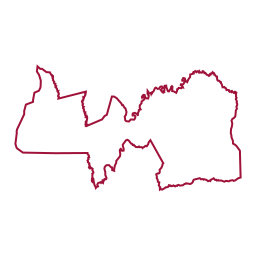 Mpongwe, Copperbelt, Zambia
{"feature_id": "96606910B43712843056023", "entity_name": "Mpongwe", "entity_type": "district", "adm_level": 2, "iso_a3": "ZMB", "parent_name": "Zambia", "parent_adm1": "Copperbelt", "projection": "equal_earth", "projection_center": [27.957, -13.579], "detail": "fine", "context": "isolated", "style": "outline", "palette": "rose", "viewbox_px": 256, "rotation_deg": 0, "n_neighbors": 0, "source": "geoboundaries", "source_scale": "gbopen_adm2", "svg_char_len": 5762}
<svg xmlns="http://www.w3.org/2000/svg" viewBox="0 0 256 256"><path d="M240.6,177.5L239.9,150.7L236.5,146.0L235.0,144.7L233.0,143.6L232.9,140.7L231.6,137.6L231.3,134.9L230.8,133.3L231.0,129.1L231.8,126.9L232.3,123.4L231.5,120.7L232.5,118.8L233.8,118.1L235.0,116.8L235.4,115.8L235.9,110.3L236.9,108.8L236.4,106.5L237.2,105.2L237.1,103.3L236.6,102.7L236.9,101.3L235.8,99.0L236.6,97.8L236.0,96.8L236.1,95.1L235.8,94.3L236.4,92.6L235.5,92.0L235.4,93.0L234.3,93.0L234.2,92.1L233.2,92.4L232.1,91.4L231.9,90.9L231.3,91.1L231.2,91.8L230.7,91.4L229.8,91.9L228.9,91.0L229.0,90.2L227.1,89.8L226.5,90.0L225.9,88.2L224.5,87.6L224.3,87.0L222.6,87.3L221.8,84.4L221.0,83.1L220.9,82.0L220.3,81.6L220.3,81.2L220.0,81.8L219.3,80.8L217.7,80.6L217.2,79.6L217.0,76.6L216.2,76.5L214.8,74.6L214.4,74.7L214.2,73.5L213.7,73.6L213.4,73.0L213.0,73.2L212.5,72.3L211.6,73.5L211.3,73.3L210.6,73.6L210.5,74.5L209.9,74.3L209.4,75.7L208.7,75.9L207.8,74.9L206.6,74.7L205.4,72.9L204.4,73.2L203.7,71.6L202.9,71.1L202.6,71.2L202.7,71.9L201.9,72.7L200.2,72.5L199.3,71.2L198.8,72.4L197.9,71.4L197.2,71.2L196.3,72.2L195.2,71.1L194.2,72.0L193.5,72.0L193.3,72.4L193.6,72.4L193.8,73.5L190.2,74.5L190.1,77.0L188.2,79.6L187.2,82.1L185.6,80.9L184.8,78.4L183.3,78.0L182.2,80.0L182.3,80.7L184.1,80.6L184.7,81.9L183.4,84.0L182.2,84.5L181.1,84.2L180.7,85.0L182.6,86.4L183.0,87.5L182.2,87.3L181.4,88.2L178.6,87.9L178.1,89.0L177.2,89.2L177.0,91.1L176.2,92.8L174.0,91.5L172.1,91.0L172.5,87.0L171.9,86.2L171.2,86.7L171.2,87.7L169.0,91.4L167.9,91.2L166.3,87.0L166.2,85.6L164.6,85.8L164.4,90.6L163.4,91.0L164.2,92.1L163.4,92.7L162.9,92.5L163.0,91.4L162.0,91.7L160.7,90.0L162.9,87.8L162.2,86.7L161.2,86.4L159.9,87.2L159.0,88.7L157.5,88.9L155.9,87.6L155.0,88.1L153.3,91.7L152.3,92.1L152.1,93.4L151.4,93.4L151.2,93.9L150.9,92.9L149.7,93.4L149.0,92.9L147.6,90.9L147.5,93.8L148.8,95.8L148.2,98.5L146.1,98.3L145.3,97.2L144.6,95.0L143.4,94.9L142.4,96.0L141.9,96.9L142.1,97.6L143.0,96.5L143.7,96.4L144.2,96.8L144.2,99.5L141.6,101.5L141.5,103.3L139.8,105.3L139.7,107.7L140.6,109.4L138.8,110.0L138.8,111.3L137.9,112.9L138.0,114.8L137.6,115.0L137.0,114.1L134.9,112.8L132.8,113.4L132.5,114.8L132.7,115.5L134.4,115.3L135.4,116.3L135.1,118.3L134.2,119.6L130.7,119.5L129.0,121.5L126.3,121.2L125.3,120.3L124.7,116.5L125.9,115.0L126.5,112.0L125.4,108.3L124.5,107.7L122.9,105.0L122.1,105.1L121.4,103.5L116.5,98.0L113.9,96.5L111.9,96.5L106.8,114.8L104.6,116.0L102.1,119.4L86.1,126.2L85.7,125.9L86.3,125.1L85.7,124.4L86.2,124.1L85.6,123.9L86.1,122.9L85.8,122.9L85.6,122.0L86.0,121.4L86.2,121.9L86.5,121.6L87.1,119.2L87.2,117.2L86.9,116.5L86.4,116.8L86.4,116.1L85.7,116.5L85.8,115.4L85.2,115.0L85.4,113.9L84.9,113.8L84.6,112.8L85.0,112.4L84.5,112.3L84.6,111.7L83.8,110.8L84.1,110.3L83.6,108.3L83.1,108.2L83.1,107.3L83.6,106.8L83.0,106.6L82.6,105.3L83.0,104.1L82.6,104.0L82.7,103.1L81.9,101.7L82.3,100.6L82.8,100.7L82.8,100.1L83.3,99.9L83.4,98.4L83.6,98.7L83.9,98.2L84.1,97.3L83.6,97.0L84.5,96.5L85.4,94.9L85.5,93.9L85.2,93.7L85.8,92.7L85.9,91.6L58.4,98.6L58.8,96.8L58.1,96.3L58.1,95.7L58.8,94.6L58.5,93.9L58.8,93.3L58.0,91.8L58.2,91.1L57.5,91.3L56.9,88.6L56.4,88.3L56.2,87.2L55.5,86.9L55.9,86.2L55.5,86.2L55.2,85.1L55.5,84.0L54.4,83.5L54.3,82.4L54.0,82.5L53.5,80.6L52.9,80.0L53.1,79.1L52.6,78.2L53.1,77.1L53.0,76.2L52.5,76.2L52.6,75.8L52.2,75.4L52.0,75.7L51.7,74.8L50.9,74.5L50.0,72.4L46.4,72.1L42.0,68.8L40.3,68.9L37.5,66.4L36.9,71.6L39.0,74.7L40.8,80.6L40.6,86.5L40.2,88.1L38.9,90.7L34.4,92.7L33.1,99.8L33.0,101.9L25.9,104.6L24.2,110.9L24.2,114.2L17.1,129.3L16.6,131.5L16.8,132.8L15.4,143.9L16.5,147.5L17.1,148.4L22.9,152.6L55.3,153.2L87.5,153.0L87.5,153.9L88.8,155.4L88.6,155.8L89.2,157.3L88.1,158.0L88.5,159.2L87.5,160.5L88.0,161.5L87.9,162.2L89.3,163.3L89.4,163.9L89.1,164.3L89.6,165.3L89.3,166.0L89.9,166.4L89.0,167.6L89.4,168.0L90.1,167.7L90.2,168.4L90.8,168.3L91.1,167.8L92.6,168.7L92.4,170.5L93.1,171.4L93.4,172.8L92.3,173.7L92.6,174.3L92.3,175.2L92.5,178.0L93.3,178.7L93.4,179.4L92.9,178.8L92.5,179.1L92.3,180.0L91.9,179.6L91.8,180.9L92.6,182.1L93.3,181.7L94.0,182.9L94.7,185.6L95.8,186.7L95.6,187.4L95.8,187.9L96.3,187.1L98.0,186.4L97.3,184.6L98.0,183.1L100.5,182.2L101.0,182.9L102.1,181.6L102.3,182.5L103.0,183.0L103.1,182.4L102.4,181.4L102.6,180.4L103.7,180.9L104.5,179.0L105.7,179.4L106.2,179.1L106.5,177.9L105.3,175.0L105.3,172.1L104.4,168.9L104.7,167.1L105.9,165.6L107.0,165.1L109.0,165.1L111.1,167.3L112.1,167.5L112.2,170.1L114.2,170.8L114.1,169.6L114.8,165.8L116.2,162.9L116.3,160.9L119.9,156.4L120.3,154.5L119.8,150.6L120.0,149.6L120.8,148.9L122.1,150.8L123.6,150.6L123.7,149.0L122.8,145.8L122.8,144.6L126.0,140.3L127.4,139.8L128.8,140.6L131.1,143.6L132.3,144.0L132.7,145.0L133.8,144.9L133.9,145.5L135.1,146.0L135.6,146.9L137.8,147.2L138.9,146.5L139.2,147.1L141.7,147.2L142.6,148.0L142.9,147.4L144.0,147.1L145.4,145.9L146.7,146.3L148.1,144.3L148.7,142.3L150.4,140.2L163.3,163.3L162.5,164.3L162.3,165.7L161.3,167.9L159.6,169.8L159.8,171.9L159.3,173.1L158.7,173.5L157.6,173.4L156.2,174.3L156.9,176.7L156.7,178.1L157.6,179.6L157.9,181.8L159.3,182.4L158.8,185.2L159.5,186.7L160.2,187.1L160.4,188.0L159.8,188.7L159.9,189.6L160.8,189.0L162.1,189.6L164.9,188.1L165.5,187.4L167.6,187.1L168.3,186.7L168.9,185.2L169.4,185.3L169.6,185.9L170.6,185.5L171.2,186.2L172.9,185.9L173.4,185.4L175.1,186.4L176.3,185.6L177.1,185.9L177.5,185.3L178.5,184.9L180.0,185.6L183.0,185.2L184.6,183.9L185.8,183.8L186.1,183.3L190.3,184.0L191.8,183.2L193.0,181.7L193.2,180.5L194.0,179.6L199.8,178.2L201.0,179.3L202.7,179.1L203.5,179.6L203.9,179.2L206.5,179.9L208.1,181.2L209.5,180.6L210.3,181.0L210.7,179.9L213.7,178.3L215.2,180.0L216.4,179.8L217.0,180.6L218.2,180.1L218.6,180.5L221.4,180.5L224.3,181.7L225.8,180.9L229.0,181.3L229.8,180.7L232.6,180.2L233.7,180.9L235.2,180.4L238.1,178.3L240.6,177.5Z" fill="none" stroke="#9f1239" stroke-width="2"/></svg>